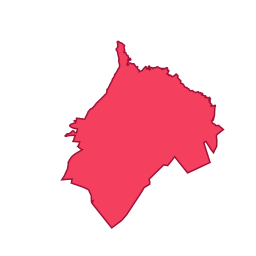 Xilitla, San Luis Potosí, Mexico, rotated 234°
{"feature_id": "50627088B96326519449072", "entity_name": "Xilitla", "entity_type": "district", "adm_level": 2, "iso_a3": "MEX", "parent_name": "Mexico", "parent_adm1": "San Luis Potosí", "projection": "equal_earth", "projection_center": [-98.973, 21.391], "detail": "fine", "context": "isolated", "style": "filled", "palette": "rose", "viewbox_px": 256, "rotation_deg": 234, "n_neighbors": 0, "source": "geoboundaries", "source_scale": "gbopen_adm2", "svg_char_len": 5840}
<svg xmlns="http://www.w3.org/2000/svg" viewBox="0 0 256 256"><g transform="rotate(234 128 128)"><path d="M160.0,188.0L160.5,187.5L160.5,186.0L160.5,185.7L160.7,185.4L161.5,184.7L161.7,184.1L161.4,183.2L161.5,182.9L162.0,182.9L162.5,182.9L163.0,182.7L163.4,182.1L163.6,181.4L164.0,181.3L165.1,181.7L165.6,181.7L165.8,181.4L165.6,180.9L165.4,180.1L165.2,180.0L164.6,180.2L162.5,180.4L162.2,180.2L162.4,179.5L162.5,179.4L164.2,179.3L164.4,179.2L164.6,178.9L164.6,177.9L164.9,177.7L165.9,178.4L166.4,178.7L166.8,178.6L166.9,178.2L167.3,178.2L166.9,175.9L166.2,173.3L166.4,172.3L166.8,170.3L167.0,170.0L167.9,170.9L168.3,171.1L169.7,170.6L170.5,170.5L171.0,170.7L171.7,171.7L172.0,171.8L172.2,171.5L172.3,171.0L172.8,170.4L173.6,170.3L175.6,170.6L176.5,170.5L177.1,169.8L177.3,169.2L177.9,168.7L178.6,168.4L179.1,168.2L179.6,167.6L179.7,167.1L179.1,165.9L178.8,165.0L178.8,164.6L179.0,164.4L179.3,164.3L179.8,164.6L180.7,165.3L181.2,166.4L181.2,166.8L181.3,167.1L181.9,168.0L182.2,168.1L182.4,168.0L182.6,167.6L182.9,167.5L183.1,167.5L183.2,167.8L183.2,168.2L182.9,169.0L182.7,169.2L181.9,169.4L181.7,169.5L181.5,169.8L181.7,170.5L181.9,170.6L182.3,170.5L182.5,170.7L182.9,170.7L183.3,170.6L184.2,169.5L184.5,169.4L184.7,169.5L185.1,170.0L186.5,170.5L187.7,170.0L188.4,169.9L189.2,170.1L189.9,170.4L190.6,170.4L190.8,170.4L191.1,170.0L191.4,169.2L192.1,169.3L192.3,169.7L192.7,170.9L193.1,171.2L195.3,171.9L195.9,172.5L196.4,173.4L196.8,173.7L197.1,173.7L197.9,173.3L199.1,173.2L200.6,172.7L201.9,171.7L202.3,171.5L203.5,171.3L204.0,170.8L204.1,170.5L204.0,170.1L203.4,169.4L202.5,169.3L201.9,169.0L200.7,168.2L199.3,166.9L198.9,164.9L198.2,164.4L196.5,164.5L191.0,162.1L189.5,161.6L187.9,160.0L183.8,158.2L182.1,156.6L181.6,154.8L180.5,152.8L179.6,150.8L179.0,148.5L178.0,147.7L177.2,145.9L176.9,144.6L176.6,144.1L176.5,143.9L175.8,143.2L174.2,140.0L174.2,139.7L173.5,138.6L171.4,134.5L171.6,133.9L171.2,133.3L170.8,133.1L169.0,131.5L168.6,130.4L167.2,121.9L167.2,121.3L166.9,119.6L166.7,117.3L165.6,113.8L165.2,111.7L165.1,110.8L164.9,110.5L165.3,109.5L165.4,108.8L164.6,105.4L163.6,103.9L161.3,99.4L160.9,99.0L160.6,97.8L161.1,97.4L161.6,96.8L162.4,96.4L162.8,95.8L162.8,95.6L163.3,95.1L164.3,94.4L164.8,93.2L165.8,92.8L166.0,92.6L166.1,92.3L166.1,92.1L165.9,91.8L165.1,91.3L164.6,90.5L164.6,90.2L164.9,89.4L165.4,89.1L165.4,88.7L165.1,88.8L164.4,89.4L164.1,89.6L163.8,89.6L163.5,89.5L163.1,88.4L163.1,88.2L163.8,87.3L163.9,87.0L163.9,85.7L164.0,85.3L164.5,84.4L164.5,82.8L164.3,82.4L164.0,82.2L163.0,82.2L161.4,82.9L159.8,83.9L158.9,84.6L157.6,86.2L157.0,86.5L156.7,86.5L156.5,86.2L155.8,85.1L154.9,84.3L154.6,83.8L154.6,83.4L155.0,82.9L156.0,82.3L157.6,82.2L158.1,81.9L158.2,81.3L158.3,80.4L157.8,79.0L157.7,78.7L158.2,76.9L158.9,75.7L159.1,75.0L159.1,74.6L158.6,73.3L158.6,72.5L158.3,72.4L157.8,72.7L156.8,75.3L156.1,76.5L153.0,81.2L151.5,78.7L150.1,76.9L149.5,75.6L145.1,80.7L144.8,80.2L143.6,78.9L143.3,77.8L142.8,77.3L142.7,76.9L142.6,77.1L142.5,77.3L142.1,77.0L141.8,76.9L141.6,76.7L141.4,76.7L139.2,77.4L139.0,77.5L137.4,78.3L138.1,69.4L137.8,65.5L136.5,61.9L135.2,59.2L134.7,59.3L130.6,55.2L126.6,48.2L125.0,44.0L122.1,48.9L119.6,52.8L116.8,49.8L106.6,56.9L101.3,59.8L94.8,58.5L90.0,55.2L89.7,55.7L89.6,56.9L89.3,56.4L89.0,55.9L88.7,54.7L87.3,54.8L87.2,54.7L56.8,56.1L56.9,67.7L57.3,70.2L58.6,75.8L68.3,101.4L70.3,105.9L69.8,112.6L71.6,113.9L74.2,115.0L77.2,135.1L74.3,138.1L77.3,148.9L56.6,149.8L51.9,174.1L71.5,180.6L71.5,182.3L71.5,183.1L65.5,182.8L62.3,182.5L57.7,182.7L59.2,185.2L59.9,186.8L60.3,187.3L60.7,188.4L61.3,189.2L64.0,191.2L65.0,192.1L69.9,195.0L70.4,196.2L70.7,204.3L77.0,202.7L78.2,200.5L79.4,200.5L82.7,199.2L84.9,200.1L84.3,201.5L84.4,201.8L85.0,202.4L85.3,201.9L85.5,202.0L85.4,202.8L85.5,202.8L85.6,202.7L86.1,203.0L85.9,203.4L86.3,203.6L86.5,204.2L86.9,204.9L94.0,210.7L94.2,211.3L94.7,211.9L95.0,211.9L95.3,211.6L95.5,210.9L95.8,209.7L96.4,209.1L96.6,208.1L97.0,208.0L97.1,208.6L97.0,208.8L97.2,209.2L98.1,209.6L98.3,209.6L98.8,209.2L99.4,209.1L99.8,209.1L100.7,209.7L101.0,209.5L101.2,209.1L101.4,209.2L101.4,209.4L101.6,210.3L102.2,210.6L102.8,209.9L103.1,209.9L103.2,210.3L102.9,211.0L102.9,211.7L103.0,211.8L103.5,211.6L104.2,211.6L104.6,211.8L104.6,212.0L104.8,212.0L105.0,211.8L105.1,210.6L105.2,210.4L106.1,210.1L106.6,209.8L106.9,208.6L107.1,208.4L107.3,208.4L107.9,208.8L108.1,209.1L108.1,209.4L108.2,209.6L108.4,209.6L108.7,209.3L109.2,208.7L109.7,208.4L110.3,208.3L110.7,207.6L111.3,207.1L111.8,207.5L112.0,208.1L112.0,208.4L112.2,208.6L112.8,207.9L112.8,207.6L113.0,207.3L113.6,207.5L114.0,207.4L114.6,206.1L115.7,206.3L116.1,206.2L116.4,205.5L116.5,204.6L116.8,204.0L117.4,203.4L117.7,203.1L118.0,202.8L118.4,202.6L119.6,202.4L119.8,202.2L120.3,202.2L120.5,202.1L121.2,200.7L121.7,200.1L122.0,200.0L122.9,200.0L123.2,200.1L124.2,200.0L124.8,199.4L125.2,199.3L125.6,199.5L126.7,198.9L127.9,198.0L128.8,198.1L130.2,198.4L131.6,198.2L132.3,197.8L132.3,197.6L132.9,197.0L133.1,196.9L133.3,197.1L133.8,197.1L134.5,198.1L135.1,198.4L135.8,198.4L136.6,198.1L137.7,198.0L139.3,197.7L139.7,197.8L140.1,198.6L140.6,198.6L141.1,198.9L141.2,199.1L141.6,199.2L142.4,198.7L142.6,198.8L143.2,198.8L143.4,198.4L143.4,197.7L143.3,197.4L142.8,196.2L142.9,195.9L143.3,195.4L143.4,195.2L143.3,194.2L143.7,193.8L143.9,193.6L144.3,193.7L145.4,193.5L146.0,193.2L146.2,192.9L146.1,192.3L146.1,192.1L146.5,191.9L147.1,192.4L148.6,191.3L148.9,191.3L149.0,191.5L148.9,192.5L149.0,192.7L149.7,193.3L149.9,193.8L150.0,194.5L150.6,194.7L150.9,194.6L151.2,194.1L151.8,193.9L152.3,194.5L153.1,195.1L153.6,195.1L154.1,194.6L154.3,194.1L154.4,193.5L154.5,192.1L154.6,191.5L154.8,191.3L155.2,191.4L155.7,191.4L155.7,190.9L155.4,190.6L155.3,190.3L155.3,190.2L155.4,189.9L155.6,189.8L156.4,190.0L156.7,190.0L156.9,189.8L157.3,189.2L158.7,188.4L159.5,188.2L160.0,188.0Z" fill="#f43f5e" stroke="#9f1239" stroke-width="1.5"/></g></svg>